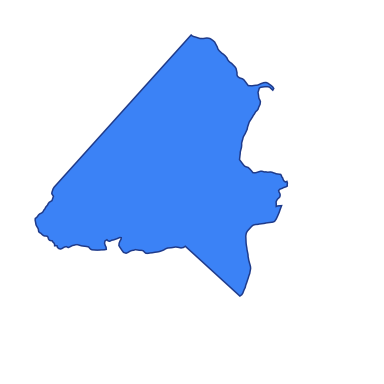 the district of Jacundá, Pará, Brazil, rotated 222°
{"feature_id": "56859067B70193935758216", "entity_name": "Jacundá", "entity_type": "district", "adm_level": 2, "iso_a3": "BRA", "parent_name": "Brazil", "parent_adm1": "Pará", "projection": "robinson", "projection_center": [-49.237, -4.593], "detail": "fine", "context": "isolated", "style": "filled", "palette": "blue", "viewbox_px": 384, "rotation_deg": 222, "n_neighbors": 0, "source": "geoboundaries", "source_scale": "gbopen_adm2", "svg_char_len": 3741}
<svg xmlns="http://www.w3.org/2000/svg" viewBox="0 0 384 384"><g transform="rotate(222 192 192)"><path d="M86.8,146.7L86.3,149.0L86.6,150.9L87.2,152.4L88.0,154.6L88.5,156.5L89.8,158.9L90.7,161.2L91.9,163.9L92.7,165.8L93.5,167.4L94.6,170.1L95.8,172.0L97.2,174.3L98.4,175.5L100.0,176.6L101.6,177.6L104.2,179.3L106.1,180.8L107.3,181.7L108.2,182.7L109.2,183.5L111.4,185.1L112.6,186.0L113.7,187.0L115.6,188.5L117.6,190.2L122.5,195.2L123.5,196.7L124.3,198.2L124.7,200.2L124.7,202.8L124.7,206.4L124.3,208.5L123.0,210.4L121.4,212.0L120.6,213.2L117.2,217.1L116.2,218.6L114.4,220.7L113.0,222.3L111.8,223.7L111.0,225.4L111.3,228.1L111.8,229.8L112.4,231.7L113.6,235.2L114.5,237.3L115.0,238.5L116.3,241.8L119.0,239.0L119.7,237.6L121.9,240.0L122.9,240.9L123.4,242.3L123.7,244.1L123.5,245.7L123.5,247.2L124.5,248.8L125.8,249.7L127.1,250.1L128.6,251.0L128.6,252.9L127.4,255.1L126.9,256.6L125.6,258.8L125.2,260.2L126.2,261.2L127.1,262.5L128.6,263.4L129.3,261.9L131.3,261.8L132.7,262.3L134.0,263.1L135.6,263.4L136.7,264.1L137.9,264.4L141.7,261.8L143.0,261.4L144.2,260.8L145.8,260.2L147.2,259.3L149.0,257.3L150.6,256.4L151.5,255.4L153.8,254.3L154.9,253.4L157.3,249.3L158.1,248.3L159.7,247.1L161.8,247.5L164.7,247.8L166.7,247.8L168.9,246.8L170.3,246.4L172.0,246.6L178.3,247.8L180.2,250.4L181.9,252.8L182.9,254.0L185.2,258.4L186.4,260.0L187.8,261.5L188.6,263.0L189.7,265.3L190.6,266.9L191.1,268.7L191.5,270.8L193.0,275.6L194.1,277.3L195.5,280.5L196.3,282.3L197.3,288.5L197.7,289.9L197.8,291.5L198.4,294.2L198.2,296.1L198.3,297.7L199.1,299.5L200.1,302.7L201.7,305.0L203.3,305.8L204.8,306.3L206.2,307.4L207.3,308.4L209.6,310.2L211.5,314.3L211.0,315.8L208.3,319.0L207.1,320.1L206.2,320.9L204.5,321.8L202.1,321.7L200.1,321.7L200.5,323.6L202.3,324.1L204.4,324.1L208.6,323.6L210.3,322.9L211.8,321.3L213.3,318.6L214.2,316.5L214.9,315.1L216.2,313.8L217.4,312.4L218.5,311.0L221.4,308.7L226.3,309.7L228.8,310.1L230.5,309.8L232.9,308.7L234.5,308.4L236.0,308.6L237.1,309.3L238.3,310.7L241.8,313.2L243.3,313.7L245.8,313.9L248.7,314.1L250.4,313.8L252.0,313.8L254.1,314.2L255.7,315.0L258.4,315.4L260.8,315.4L262.8,315.1L266.4,315.2L268.4,315.6L270.3,316.7L273.6,317.9L275.5,318.6L277.8,318.6L280.3,318.3L281.5,318.0L283.0,317.1L284.1,316.3L286.3,313.6L288.8,311.4L293.1,309.5L294.6,308.7L296.3,308.1L297.7,308.1L297.7,187.7L297.7,147.4L297.7,103.3L297.3,101.3L295.9,98.1L295.0,96.9L292.1,96.1L290.3,91.9L291.2,88.9L291.1,87.2L290.6,85.6L290.6,83.0L290.0,80.9L290.0,79.5L289.5,77.6L289.7,75.8L290.5,73.9L290.7,72.3L290.5,70.8L290.4,69.1L290.8,67.5L289.7,66.1L285.9,63.2L284.6,62.7L283.0,62.2L281.7,61.8L279.3,59.9L277.9,59.9L276.6,60.2L275.0,60.1L273.3,60.2L272.1,60.7L270.9,61.7L269.7,62.3L268.5,61.9L267.1,61.0L265.6,60.8L264.5,61.3L263.1,62.2L261.8,61.7L260.4,61.7L259.2,61.2L258.1,60.1L257.2,61.1L256.1,61.7L254.9,60.8L252.9,60.9L251.5,61.7L250.8,63.0L250.0,65.7L248.9,67.3L246.8,67.9L246.1,69.4L245.0,72.3L244.0,73.6L243.1,75.1L241.8,76.3L240.1,77.1L238.2,78.0L236.7,79.0L234.3,80.7L232.1,82.0L230.1,81.7L228.9,81.7L227.7,82.1L225.0,84.2L223.4,85.5L221.8,87.1L220.6,88.4L219.6,89.3L218.4,90.5L217.3,92.0L218.9,93.5L220.7,94.2L222.7,95.4L223.9,97.3L223.3,99.6L221.6,99.5L220.2,100.3L219.4,102.4L218.2,104.0L216.5,107.1L215.2,109.9L214.0,110.7L213.1,109.4L212.7,107.3L211.9,105.2L210.5,103.3L208.6,102.7L205.1,101.8L202.5,101.3L200.0,102.4L199.2,104.1L198.3,107.0L197.4,108.5L196.3,109.8L195.6,111.2L194.4,112.0L192.1,113.5L190.3,115.0L188.8,115.7L186.9,115.5L185.3,115.6L183.8,116.8L182.1,119.0L181.0,120.1L179.0,122.7L177.6,124.3L176.6,125.6L175.7,127.1L174.5,129.4L174.0,130.7L173.6,132.2L172.6,134.1L171.2,135.6L169.7,137.2L168.6,138.6L167.4,140.2L165.3,141.6L162.7,143.1L161.2,145.1L160.7,147.2L86.8,146.7Z" fill="#3b82f6" stroke="#1e3a8a" stroke-width="1.5"/></g></svg>